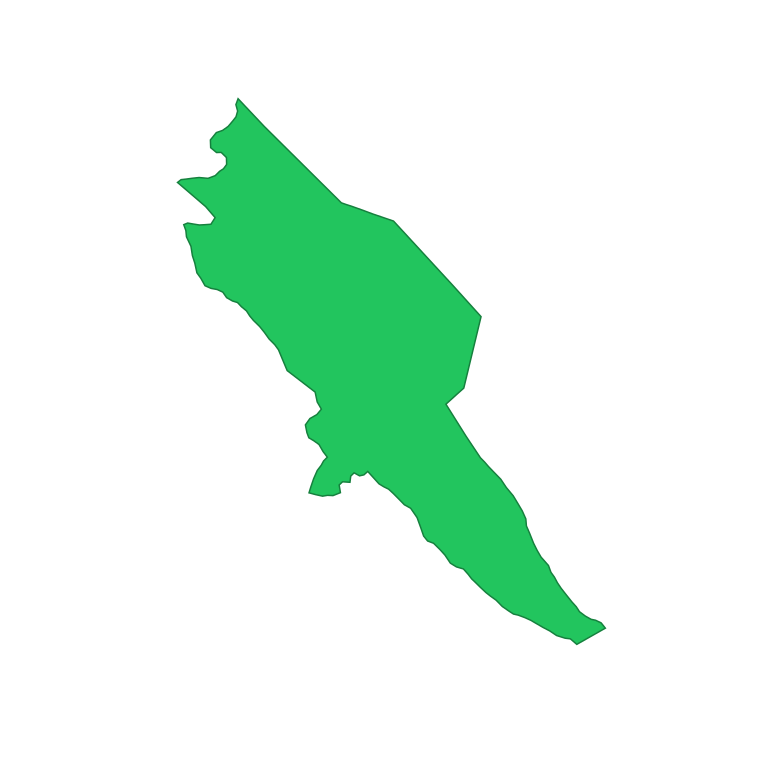 the district of Itiruçu, Bahia, Brazil, rotated 332°
{"feature_id": "56859067B82004769572175", "entity_name": "Itiruçu", "entity_type": "district", "adm_level": 2, "iso_a3": "BRA", "parent_name": "Brazil", "parent_adm1": "Bahia", "projection": "equal_earth", "projection_center": [-40.17, -13.503], "detail": "fine", "context": "isolated", "style": "filled", "palette": "green", "viewbox_px": 768, "rotation_deg": 332, "n_neighbors": 0, "source": "geoboundaries", "source_scale": "gbopen_adm2", "svg_char_len": 2177}
<svg xmlns="http://www.w3.org/2000/svg" viewBox="0 0 768 768"><g transform="rotate(332 384 384)"><path d="M464.8,703.5L463.6,696.9L459.9,691.9L456.4,689.0L452.8,683.4L449.7,676.8L449.2,671.0L447.6,664.6L445.9,655.5L444.5,647.6L443.8,640.9L443.8,634.5L443.0,628.7L444.0,621.5L441.4,610.6L441.1,602.9L441.3,594.9L442.5,584.0L443.1,576.2L445.9,569.7L446.5,561.0L446.1,552.4L445.6,543.3L443.4,532.8L442.4,522.9L439.4,512.6L437.5,505.9L436.2,500.2L434.5,494.4L431.9,468.3L429.2,430.9L443.9,427.2L452.5,425.1L501.3,370.1L491.3,330.2L468.9,244.6L453.8,228.5L447.8,221.7L438.7,211.7L434.8,207.7L431.4,204.0L419.9,167.0L399.2,100.4L389.1,63.6L384.4,67.8L382.9,74.3L378.8,78.6L374.1,80.7L367.3,83.4L360.5,84.3L354.0,83.3L345.3,87.0L341.9,94.0L344.8,101.0L349.0,103.1L351.2,110.1L348.1,116.3L343.3,118.6L338.7,119.0L332.8,120.8L325.2,119.8L317.7,114.9L311.0,112.2L305.3,110.1L300.8,108.3L296.3,109.1L309.8,143.6L313.0,157.8L306.2,161.7L300.1,159.0L295.6,156.9L290.7,153.2L286.2,149.7L282.0,149.3L281.1,155.5L278.7,161.3L278.2,171.8L275.1,180.7L273.7,188.5L271.0,198.0L271.9,204.6L272.1,213.2L276.2,218.4L281.1,222.3L284.8,227.2L285.6,233.9L289.2,239.6L292.9,243.3L294.4,248.8L296.9,254.9L297.4,260.9L298.6,266.7L301.2,274.9L302.6,282.2L303.7,290.4L306.0,298.0L306.9,304.2L304.8,326.7L319.4,358.8L316.6,368.5L316.9,376.8L310.3,379.5L302.4,379.7L295.4,383.2L293.1,390.8L292.4,396.2L295.4,401.2L298.2,406.9L298.5,415.2L299.6,422.0L294.5,423.6L290.4,426.3L284.5,429.0L277.4,434.6L271.0,440.6L266.7,444.9L271.5,449.4L277.1,454.2L281.9,455.8L286.6,458.6L294.5,459.5L297.0,452.1L301.5,450.9L307.8,454.8L311.4,449.7L315.9,448.4L319.3,453.6L323.6,454.8L328.6,453.6L330.8,462.2L332.7,469.8L335.6,474.7L338.7,479.0L340.8,485.0L343.5,494.0L345.3,500.2L349.2,506.2L350.5,517.5L349.0,528.1L347.6,536.9L348.8,543.1L353.0,547.9L355.7,556.5L357.5,563.7L358.5,573.4L362.1,579.5L367.3,584.6L369.0,591.7L369.9,597.2L371.6,602.3L373.6,608.7L376.1,616.0L378.5,621.5L381.5,627.5L384.0,636.0L387.6,643.0L390.3,647.9L393.9,651.0L398.7,656.4L402.7,661.6L405.9,666.8L410.2,673.7L414.4,679.8L418.3,687.1L424.6,693.5L428.9,696.5L432.0,704.4L464.8,703.5Z" fill="#22c55e" stroke="#15803d" stroke-width="1.5"/></g></svg>